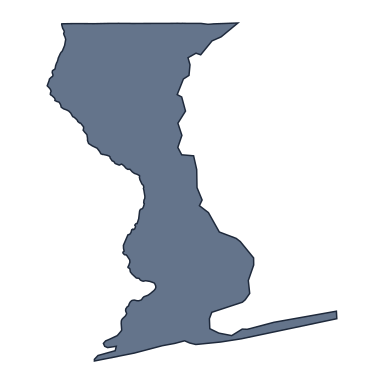 Escambia, Florida, United States of America
{"feature_id": "52423323B97123089850170", "entity_name": "Escambia", "entity_type": "district", "adm_level": 2, "iso_a3": "USA", "parent_name": "United States of America", "parent_adm1": "Florida", "projection": "mercator", "projection_center": [-87.428, 30.64], "detail": "fine", "context": "isolated", "style": "filled", "palette": "slate", "viewbox_px": 384, "rotation_deg": 0, "n_neighbors": 0, "source": "geoboundaries", "source_scale": "gbopen_adm2", "svg_char_len": 3461}
<svg xmlns="http://www.w3.org/2000/svg" viewBox="0 0 384 384"><path d="M61.8,23.8L61.7,24.6L62.7,28.4L64.0,30.6L64.3,32.0L63.7,33.2L63.7,33.8L64.2,35.3L65.0,37.0L65.7,39.4L64.6,45.5L62.6,50.4L62.0,51.5L61.1,52.3L60.3,53.6L58.2,58.2L58.0,59.4L57.2,61.9L56.6,62.9L55.6,65.7L55.3,67.8L54.9,69.1L53.0,70.3L52.4,70.9L52.2,72.7L52.9,74.5L52.9,75.7L52.4,76.6L51.5,77.0L49.4,79.1L49.2,80.3L47.2,85.8L49.9,88.6L50.7,90.0L51.1,91.3L50.6,92.4L50.3,94.3L50.8,95.0L51.6,95.3L54.4,97.9L55.1,99.4L54.9,100.5L56.9,101.5L59.0,102.1L59.9,103.4L60.7,105.0L61.2,107.2L63.7,108.9L66.3,109.8L68.7,111.0L70.7,113.0L72.7,116.6L74.2,117.3L75.8,118.7L77.5,120.5L77.7,121.4L79.6,123.0L80.4,123.0L80.8,123.4L83.6,126.9L83.5,129.1L83.1,130.1L84.7,132.2L86.8,134.5L87.0,135.1L87.5,138.2L87.5,140.5L88.6,143.5L92.3,145.9L97.1,148.2L99.7,151.6L100.9,153.8L102.8,154.5L103.1,154.4L107.1,155.3L109.4,156.2L110.0,156.9L110.1,157.9L112.2,160.9L113.8,161.5L114.9,163.2L115.4,163.6L119.2,165.1L121.5,164.1L122.3,164.5L124.6,166.5L125.2,167.4L126.2,168.4L127.7,169.3L130.0,169.3L132.2,171.8L134.4,173.4L137.1,174.3L139.5,175.6L139.6,176.2L139.4,177.2L139.9,179.7L142.0,184.1L143.4,185.4L143.8,187.3L143.4,188.4L143.9,190.3L144.9,196.5L144.8,198.3L144.5,199.1L144.0,200.0L143.7,202.7L143.7,203.0L144.3,203.5L144.3,203.8L143.4,206.9L142.6,208.4L141.8,208.9L140.4,209.4L139.6,211.0L138.7,218.7L137.1,223.6L136.4,223.5L135.7,223.9L134.8,225.1L134.8,225.3L135.4,226.0L135.5,226.8L134.7,228.9L133.8,229.5L133.2,229.6L133.0,229.1L132.8,229.1L131.7,229.8L131.0,232.5L129.6,234.4L128.1,234.7L127.9,234.9L123.4,245.3L123.5,248.4L124.1,251.0L124.0,251.4L123.5,251.6L123.1,252.0L122.9,252.4L123.0,253.1L124.2,254.5L124.8,254.8L126.2,254.9L126.8,255.5L129.7,259.9L129.9,262.2L128.9,265.1L127.9,267.1L128.2,267.7L129.5,268.4L129.9,269.0L130.3,271.8L132.1,274.1L136.3,278.0L139.1,278.4L140.4,280.1L142.3,281.0L143.5,281.2L145.5,280.7L149.9,281.4L154.1,282.9L154.9,284.0L155.7,285.9L155.8,287.7L155.1,289.2L153.9,290.6L149.5,294.2L148.6,294.8L147.8,295.3L144.0,296.7L142.8,297.8L141.6,299.6L140.9,300.1L138.7,300.8L136.9,300.7L134.5,300.1L133.1,300.2L131.7,300.6L130.3,301.9L129.9,302.6L129.4,303.4L128.4,306.1L127.2,306.8L125.8,308.9L125.6,310.3L125.7,311.1L126.6,313.3L126.6,313.9L125.4,316.0L122.4,318.8L121.5,320.3L121.3,321.3L121.2,323.5L121.7,330.1L121.1,331.1L118.0,334.8L116.8,335.9L116.0,336.2L109.4,339.3L105.6,340.9L103.4,343.4L104.7,346.3L107.6,347.6L116.3,346.3L115.2,350.7L98.0,355.5L94.4,359.3L94.4,361.0L134.2,353.1L162.3,345.7L174.8,343.4L184.6,340.8L189.7,343.0L195.8,344.5L220.7,342.0L241.3,338.8L336.8,318.7L336.4,311.2L273.9,322.3L247.3,329.3L242.2,329.1L231.7,335.6L218.8,333.1L209.8,328.7L209.4,318.7L211.8,312.3L242.4,302.2L245.2,299.8L249.7,293.4L248.3,280.5L253.7,265.0L253.6,257.9L240.3,241.6L236.2,238.4L219.3,232.0L208.4,212.6L199.4,205.7L202.1,200.0L197.0,187.6L196.7,169.6L193.6,155.8L181.7,154.8L177.8,147.4L181.9,135.4L177.9,123.2L185.5,111.1L181.7,97.0L177.2,94.6L183.4,79.0L189.0,75.4L190.0,64.8L188.0,57.7L196.0,53.2L200.7,54.8L212.0,40.9L221.2,36.8L237.9,23.0L213.2,23.9L211.3,24.1L207.9,24.3L200.9,23.4L200.7,23.4L200.1,23.4L199.7,23.4L199.0,23.4L198.7,23.4L196.7,23.4L187.2,23.4L186.4,23.4L182.1,23.3L181.1,23.4L177.8,23.3L169.0,23.4L160.2,23.4L156.8,23.4L155.3,23.4L131.8,23.5L129.2,23.4L122.1,23.4L119.7,23.4L118.5,23.3L117.3,23.4L115.2,23.4L110.4,23.4L110.0,23.4L109.8,23.4L93.9,23.7L82.2,23.6L73.0,23.6L61.8,23.8Z" fill="#64748b" stroke="#1e293b" stroke-width="1.5"/></svg>